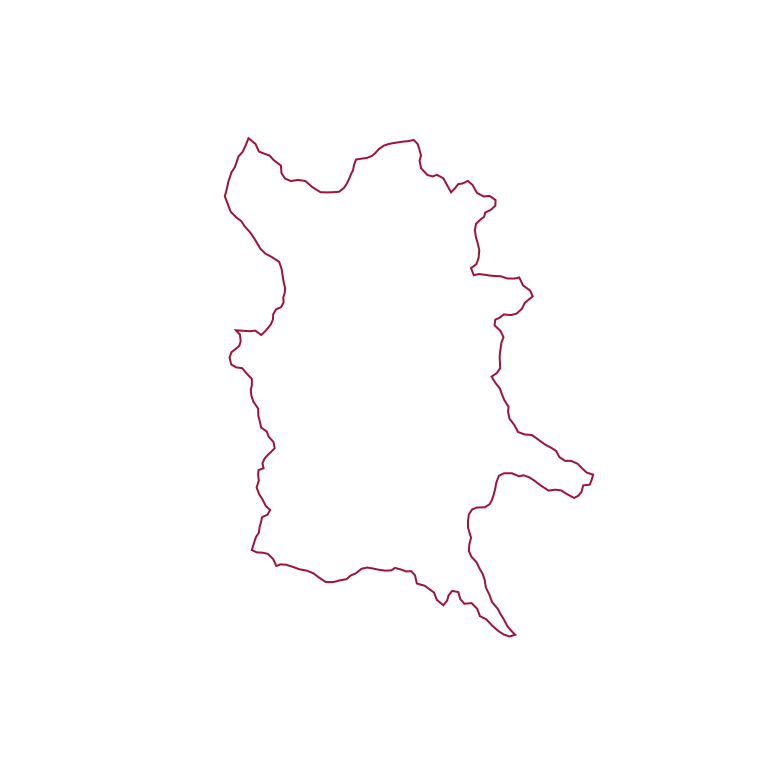 Campanário, Minas Gerais, Brazil, rotated 131°
{"feature_id": "56859067B36215621626417", "entity_name": "Campanário", "entity_type": "district", "adm_level": 2, "iso_a3": "BRA", "parent_name": "Brazil", "parent_adm1": "Minas Gerais", "projection": "equal_earth", "projection_center": [-41.737, -18.28], "detail": "fine", "context": "isolated", "style": "outline", "palette": "rose", "viewbox_px": 768, "rotation_deg": 131, "n_neighbors": 0, "source": "geoboundaries", "source_scale": "gbopen_adm2", "svg_char_len": 3814}
<svg xmlns="http://www.w3.org/2000/svg" viewBox="0 0 768 768"><g transform="rotate(131 384 384)"><path d="M592.0,345.9L588.0,343.7L584.7,339.5L581.8,332.7L579.2,326.0L575.4,319.7L573.2,313.2L572.8,307.0L571.7,298.1L567.0,292.5L561.3,288.6L555.8,284.2L550.3,283.5L545.3,281.0L538.1,279.7L533.5,276.2L530.6,271.5L527.8,266.4L524.2,260.8L519.9,256.2L515.6,255.1L513.0,249.8L510.8,244.1L507.4,240.7L508.1,235.0L513.0,228.4L509.5,220.8L508.6,209.5L512.2,202.6L512.1,194.1L506.0,194.3L501.1,196.6L495.4,196.8L492.3,191.4L496.3,185.2L497.1,179.2L491.9,174.1L492.5,166.1L496.3,159.3L494.5,152.5L495.4,143.6L495.4,135.3L494.5,129.4L492.1,123.5L487.2,120.5L486.7,126.5L485.7,132.4L483.0,139.2L481.0,145.7L479.0,150.8L477.7,159.3L473.6,166.8L470.8,173.6L466.0,179.2L462.5,185.1L460.7,190.7L457.8,197.3L457.0,204.7L454.5,210.3L449.0,214.4L443.0,217.4L439.9,222.2L437.3,226.3L432.3,230.8L426.7,234.4L420.9,235.2L416.5,233.1L410.9,227.0L405.4,225.4L401.3,226.3L396.7,228.1L390.6,231.1L384.6,234.6L377.9,237.1L372.7,234.9L367.4,228.8L365.1,221.6L361.4,218.9L359.2,213.4L358.3,207.4L357.8,199.6L356.5,189.9L351.4,185.4L348.1,180.5L347.1,173.9L345.3,165.8L341.0,164.1L336.1,164.1L329.8,167.1L325.0,162.7L320.1,164.4L315.2,166.7L317.9,173.0L317.7,179.8L317.2,185.7L319.3,192.5L323.2,196.8L324.1,203.8L321.6,210.0L322.4,215.7L324.1,223.3L324.8,231.8L325.5,239.0L329.8,244.7L332.3,251.3L329.4,258.9L327.9,266.4L323.7,272.1L319.5,275.0L317.2,282.7L314.1,288.9L311.5,293.3L309.9,301.4L307.8,307.7L301.8,306.0L295.9,306.7L292.1,310.2L288.2,314.1L283.5,317.6L279.6,320.0L275.4,322.7L270.3,324.5L267.5,331.0L267.2,339.1L262.4,342.2L258.1,340.2L253.0,339.3L248.6,333.3L243.8,330.1L236.8,329.3L230.6,331.0L225.5,330.2L220.3,329.3L217.6,335.1L218.4,343.7L214.9,351.8L219.1,355.0L223.4,360.1L226.2,366.8L229.6,370.9L232.7,375.2L235.7,380.0L238.8,384.6L243.0,387.6L239.4,394.4L233.0,392.9L226.8,395.3L220.6,399.8L216.8,404.8L213.0,410.8L208.3,416.3L202.6,419.7L196.2,419.0L192.2,418.1L188.2,420.1L182.3,417.6L176.3,417.0L172.0,420.5L172.8,427.7L177.1,431.8L178.8,439.2L175.7,447.7L175.7,454.0L180.9,456.1L184.5,459.1L190.2,458.8L195.4,459.1L193.0,465.6L189.8,474.2L191.5,481.4L195.4,483.4L197.8,488.4L196.8,497.6L192.0,503.8L187.4,505.9L183.9,510.9L180.8,516.2L180.3,521.7L184.7,524.9L188.0,528.1L191.8,531.4L195.7,534.7L199.7,537.9L204.4,540.6L209.9,542.0L215.6,542.1L219.6,542.7L224.6,545.2L228.1,548.3L233.0,552.4L238.5,550.3L242.9,547.6L246.9,546.7L251.1,545.2L257.1,543.5L262.6,542.9L268.5,544.1L272.7,548.3L276.5,552.4L280.9,557.7L282.4,567.1L282.4,576.4L286.2,582.6L291.9,587.4L293.9,593.4L292.2,599.6L286.8,605.1L287.4,614.4L286.7,620.3L288.6,625.2L290.6,630.9L287.1,638.6L287.4,647.5L294.0,645.2L301.6,643.0L307.8,643.1L313.1,640.9L318.4,638.8L324.3,638.0L329.0,636.0L333.4,634.2L338.1,631.6L342.9,629.1L346.8,627.3L349.5,622.1L352.1,617.4L354.6,612.5L355.2,604.8L354.7,598.6L356.4,592.7L357.5,583.8L360.1,574.7L363.0,566.1L363.4,559.2L361.9,552.7L360.6,543.2L364.4,536.7L369.2,531.1L373.5,525.8L376.6,521.5L380.4,518.7L384.6,516.9L388.3,513.3L393.6,512.1L398.5,514.5L404.2,513.3L408.2,510.1L413.4,508.5L417.8,508.3L422.3,508.3L427.5,508.8L428.2,516.2L432.3,520.0L436.6,525.7L440.6,531.0L441.2,525.1L445.8,520.2L450.0,518.3L454.5,518.9L460.0,520.0L465.3,518.0L469.5,512.1L468.4,506.5L465.1,501.4L466.2,494.3L466.9,487.1L471.3,483.1L475.9,480.7L479.9,476.3L483.0,471.0L485.1,462.9L490.5,457.9L494.0,452.8L497.5,448.1L496.8,441.3L499.5,436.2L500.3,429.4L504.1,424.4L510.1,424.7L514.3,425.2L518.7,425.2L523.6,423.7L526.6,419.6L531.3,422.2L535.0,419.6L538.9,415.2L545.6,412.3L549.1,405.9L550.9,399.8L553.7,393.0L553.7,387.3L559.1,386.2L564.7,388.7L569.0,386.1L573.7,384.0L578.3,380.9L583.6,380.2L589.1,377.9L596.0,374.9L594.6,369.6L591.1,365.2L588.4,360.3L588.9,352.7L592.0,345.9Z" fill="none" stroke="#9f1239" stroke-width="2"/></g></svg>